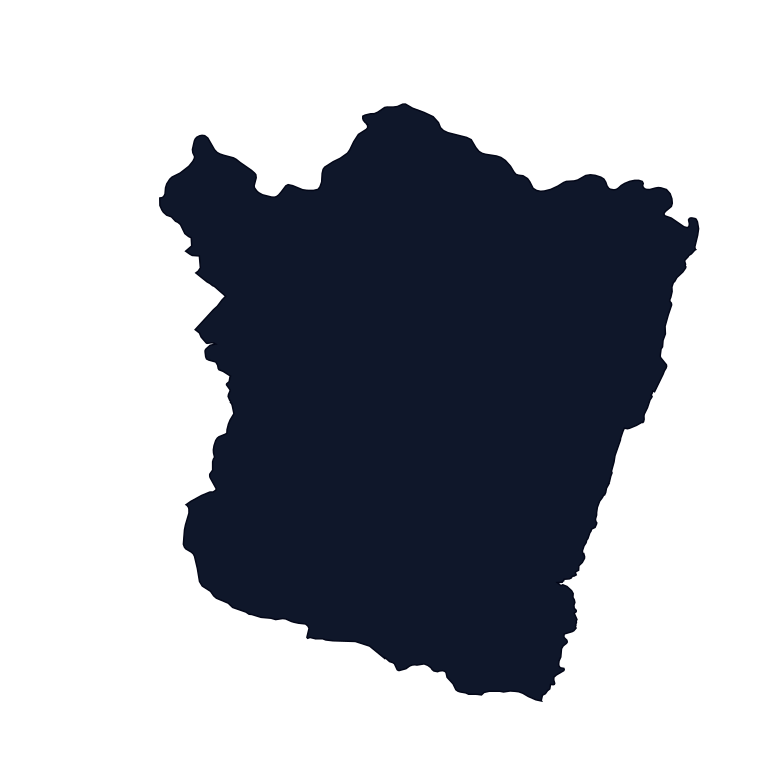 Quebradanegra, Cundinamarca, Colombia (orthographic projection), rotated 286°
{"feature_id": "7082276B19995053800747", "entity_name": "Quebradanegra", "entity_type": "district", "adm_level": 2, "iso_a3": "COL", "parent_name": "Colombia", "parent_adm1": "Cundinamarca", "projection": "orthographic", "projection_center": [-74.5, 5.107], "detail": "fine", "context": "isolated", "style": "filled", "palette": "ink", "viewbox_px": 768, "rotation_deg": 286, "n_neighbors": 0, "source": "geoboundaries", "source_scale": "gbopen_adm2", "svg_char_len": 6171}
<svg xmlns="http://www.w3.org/2000/svg" viewBox="0 0 768 768"><g transform="rotate(286 384 384)"><path d="M635.6,289.8L633.4,290.4L631.9,291.4L630.3,293.6L629.0,296.6L628.7,296.1L628.3,296.7L626.2,297.7L624.0,296.9L616.9,290.6L608.6,288.1L599.8,286.6L595.9,285.3L588.9,279.7L583.7,273.9L576.1,267.2L573.6,266.3L569.4,266.5L561.0,268.4L555.9,268.1L552.9,266.9L550.6,262.8L548.9,256.6L548.3,252.2L549.5,241.6L549.2,236.9L547.4,235.0L540.1,232.2L536.6,230.6L534.4,228.9L533.3,227.0L532.7,224.4L532.4,215.1L533.4,210.7L534.5,208.5L536.9,205.4L538.8,204.5L547.0,204.3L549.9,203.1L551.1,201.4L552.9,197.6L557.3,184.6L559.2,180.1L559.9,177.0L559.7,166.9L559.9,162.8L560.6,159.7L562.5,156.5L571.9,146.8L573.3,143.2L572.9,140.6L571.8,138.4L569.6,136.0L567.5,135.0L565.3,134.7L556.6,135.2L553.6,136.5L550.5,139.2L548.7,139.5L545.4,138.9L539.5,136.4L530.6,129.9L524.5,123.2L521.8,121.6L516.5,120.0L512.4,119.9L506.4,121.1L504.4,120.8L502.2,119.7L501.0,117.2L493.8,119.4L490.1,122.5L488.3,124.6L486.4,128.5L486.1,133.6L483.0,138.7L482.6,141.3L481.2,144.4L473.7,151.1L471.9,155.5L471.4,158.4L463.7,161.1L457.0,156.7L455.3,161.6L454.7,164.2L456.2,171.2L445.0,175.5L441.3,174.3L438.9,172.5L433.4,185.7L432.6,189.1L431.3,192.1L431.1,194.0L424.7,207.6L420.5,205.3L412.7,202.3L408.6,199.7L384.2,187.5L382.2,192.5L378.7,195.3L374.4,201.9L374.3,202.8L376.1,206.7L376.5,208.8L376.0,211.2L373.3,206.2L368.5,203.2L367.1,202.8L365.7,203.1L361.0,205.1L359.2,206.5L358.7,209.0L358.8,216.2L356.2,218.9L353.2,220.4L352.2,221.5L351.8,225.9L349.3,234.3L348.2,234.0L343.6,234.5L340.8,232.7L339.8,232.8L336.0,237.6L334.8,237.9L331.1,237.4L329.1,237.6L325.7,240.3L325.2,241.3L324.0,241.4L323.0,243.0L321.4,244.1L314.1,247.9L307.0,246.0L302.5,245.5L296.8,245.7L293.5,246.5L292.2,245.5L287.8,239.9L286.1,238.7L283.3,237.8L277.9,237.6L273.7,238.1L270.8,239.1L266.9,241.3L264.7,240.7L262.0,240.7L254.0,243.0L249.4,241.4L248.5,241.5L246.7,242.2L245.5,243.2L237.1,251.6L235.6,251.6L233.1,249.5L232.1,246.3L226.6,239.4L217.9,230.6L213.4,227.0L213.0,228.2L211.4,230.2L209.9,231.0L206.1,232.1L193.9,232.0L188.8,232.4L174.7,235.3L172.2,237.1L170.9,238.9L169.3,245.1L168.2,247.4L166.2,249.3L155.3,255.4L143.3,261.1L139.7,265.0L136.9,274.4L133.4,278.7L131.9,281.9L130.4,294.6L127.5,300.1L126.7,314.2L125.5,317.7L126.0,320.4L125.8,330.1L127.7,339.9L127.7,344.8L130.6,351.2L131.1,354.2L130.2,360.5L130.2,363.3L130.5,367.7L131.7,374.7L130.4,377.5L128.5,379.3L119.2,379.7L118.5,380.7L120.0,382.8L120.2,388.5L122.2,395.3L121.9,398.5L123.1,405.7L128.6,427.4L128.1,442.4L120.4,460.3L121.4,460.3L118.7,465.9L118.6,469.2L118.0,471.1L113.0,475.4L112.6,476.7L112.8,477.7L116.4,483.6L120.0,486.4L121.6,488.5L122.6,490.9L122.9,493.1L126.0,499.7L125.6,503.7L124.3,507.2L122.8,509.0L121.9,511.0L122.2,514.8L123.4,516.4L124.6,519.3L124.6,521.6L123.8,523.1L119.4,525.5L114.8,533.0L109.9,537.4L109.1,539.7L109.0,542.0L109.6,547.7L109.1,550.8L111.3,558.7L112.0,563.4L115.1,565.2L117.7,569.9L120.6,580.2L120.9,583.8L123.7,589.9L124.7,594.6L125.3,598.3L125.0,602.7L123.4,608.8L122.3,617.0L122.7,622.8L123.1,622.4L128.5,622.1L130.8,624.5L134.2,625.7L136.6,627.4L141.1,626.9L141.6,629.6L142.2,630.5L143.3,630.6L146.2,628.8L148.9,628.1L151.8,629.9L158.0,635.8L159.1,636.0L160.2,635.3L159.8,631.6L161.2,629.9L162.9,629.1L166.1,628.6L170.3,629.2L178.5,627.6L181.6,628.4L185.1,630.9L186.5,631.3L188.1,630.4L189.9,627.1L191.1,626.4L193.4,626.2L197.8,633.1L199.2,634.5L202.3,635.9L203.7,634.8L205.2,635.0L206.0,634.4L207.5,634.8L209.3,634.1L210.8,634.4L216.1,630.0L218.1,631.5L219.1,631.3L220.0,630.4L220.6,628.9L221.5,628.4L223.8,627.5L226.6,627.7L229.0,626.4L231.0,624.4L234.7,623.6L237.0,621.3L239.8,615.7L240.3,611.2L238.9,609.6L240.9,605.2L242.4,609.6L242.7,609.2L244.4,611.0L245.9,610.8L247.8,615.9L249.2,617.5L251.1,618.0L251.8,619.7L253.5,621.4L255.5,619.9L256.6,620.3L258.6,622.4L263.0,621.4L267.1,623.8L271.7,624.8L273.4,624.4L275.8,622.9L275.2,622.4L278.1,620.7L283.5,620.9L287.1,622.0L289.9,621.9L291.6,622.6L297.8,622.9L299.4,623.5L301.8,623.6L304.3,626.4L307.9,626.9L309.2,626.8L310.3,625.5L312.4,624.5L316.6,624.5L319.1,623.8L324.3,623.1L330.8,623.6L335.0,625.2L337.8,625.8L338.1,626.6L338.8,626.7L340.8,627.0L345.1,626.6L350.4,627.8L350.5,627.3L351.9,627.7L357.9,627.4L361.4,627.7L362.9,626.7L372.4,626.6L378.7,625.8L395.2,626.7L397.2,626.4L404.1,626.7L407.8,627.2L408.1,630.4L409.2,632.3L413.8,638.1L418.6,642.8L418.3,643.4L419.3,643.9L421.7,643.8L424.9,642.7L426.7,642.5L433.9,643.8L441.9,644.1L445.2,645.1L446.1,645.1L446.8,643.7L448.7,644.3L451.3,644.2L451.1,646.2L470.4,649.6L473.8,649.9L477.1,650.8L478.9,650.8L480.3,650.2L485.6,642.7L486.8,641.9L488.2,641.6L493.9,640.7L496.5,641.5L502.9,640.2L509.7,640.7L516.9,638.3L528.8,638.2L539.3,638.7L541.0,637.9L542.1,636.2L543.7,635.5L546.5,635.8L552.2,635.5L556.6,634.0L561.4,634.2L562.5,635.1L567.1,636.2L574.1,640.4L578.5,641.9L579.8,641.9L580.8,640.8L582.2,640.9L584.7,639.3L586.0,639.1L590.2,641.3L591.6,641.6L593.8,643.6L598.3,645.8L599.1,646.6L599.3,646.1L601.4,645.0L613.5,644.5L620.0,643.6L626.3,640.6L628.5,638.6L628.8,637.4L628.5,634.1L628.0,632.7L627.2,631.9L625.7,631.5L622.1,633.4L619.5,633.7L617.9,632.6L617.8,629.1L622.7,614.4L623.1,607.7L624.2,606.4L625.6,606.2L627.7,607.1L633.9,611.3L637.2,611.3L641.4,609.7L645.8,606.6L648.8,601.9L648.9,596.0L648.4,593.4L647.1,590.7L644.2,585.9L643.4,582.7L643.5,580.9L644.3,579.3L645.7,578.0L648.3,577.9L649.9,576.4L650.0,572.7L648.9,568.9L646.5,564.3L643.2,560.1L640.2,557.3L636.9,555.3L635.1,553.7L634.0,551.5L633.6,547.7L634.1,546.0L636.0,543.7L639.1,541.6L641.6,538.9L642.6,535.5L642.8,529.6L642.0,524.7L640.0,520.4L633.5,514.0L631.6,510.8L629.0,503.4L627.2,501.1L622.2,496.6L617.0,490.6L613.7,484.9L612.4,481.4L612.1,477.3L613.2,473.4L618.6,468.4L621.0,465.4L622.5,460.2L621.8,455.9L621.9,453.0L623.7,450.4L628.2,445.6L632.3,439.1L634.0,433.9L634.2,429.4L632.8,418.2L632.8,414.7L633.8,411.1L636.6,407.1L642.9,400.5L643.8,395.4L643.2,376.1L644.0,371.3L646.0,367.6L650.3,364.3L654.5,357.6L656.1,347.6L657.0,335.4L659.0,327.5L658.2,324.9L654.4,320.4L652.6,316.2L651.1,310.7L650.0,308.4L643.6,303.1L640.8,299.7L641.0,299.5L640.0,296.5L637.3,291.7L635.6,289.8Z" fill="#0f172a" stroke="#020617" stroke-width="1.5"/></g></svg>